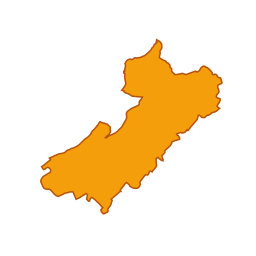 Mit Ghamr, Ad Daqahliyah, Egypt, rotated 50°
{"feature_id": "37247803B25153322962327", "entity_name": "Mit Ghamr", "entity_type": "district", "adm_level": 2, "iso_a3": "EGY", "parent_name": "Egypt", "parent_adm1": "Ad Daqahliyah", "projection": "equal_earth", "projection_center": [31.277, 30.708], "detail": "fine", "context": "isolated", "style": "filled", "palette": "amber", "viewbox_px": 256, "rotation_deg": 50, "n_neighbors": 0, "source": "geoboundaries", "source_scale": "gbopen_adm2", "svg_char_len": 5673}
<svg xmlns="http://www.w3.org/2000/svg" viewBox="0 0 256 256"><g transform="rotate(50 128 128)"><path d="M78.8,49.3L79.4,50.0L80.0,50.7L80.4,51.3L80.8,51.9L81.0,51.9L81.1,51.6L81.2,52.1L81.2,52.3L81.2,52.9L81.1,53.4L81.1,53.7L80.9,54.0L81.3,54.7L81.6,55.3L82.2,57.3L82.1,57.7L82.1,57.9L82.1,58.2L82.2,58.5L82.5,59.0L82.7,59.5L82.9,60.0L83.0,60.7L83.2,62.8L83.3,64.9L83.3,65.3L83.3,68.1L83.0,69.9L82.7,70.2L82.6,70.4L82.5,70.6L82.5,70.9L82.5,71.3L82.5,71.5L82.4,71.8L82.2,71.9L81.9,73.0L81.4,74.2L81.3,74.3L81.1,74.5L80.9,74.6L80.7,75.0L80.6,75.4L80.5,75.8L80.3,76.1L79.8,76.4L79.6,76.5L79.3,76.8L78.9,77.3L78.8,77.5L78.6,77.8L78.5,78.1L78.4,78.5L78.4,78.8L78.5,79.1L78.0,81.4L77.6,81.4L77.3,81.5L77.0,81.7L76.7,81.9L76.5,82.1L76.3,82.6L76.1,83.0L75.9,83.5L75.7,84.1L75.7,84.9L75.7,85.6L75.7,86.4L75.9,87.0L76.4,88.1L76.8,89.0L77.2,89.0L77.6,89.1L77.8,89.3L78.0,89.5L78.3,89.7L78.8,90.0L79.2,90.4L79.4,90.7L79.7,91.1L80.0,91.5L80.9,92.5L81.5,93.3L82.0,93.5L82.2,93.8L82.1,94.2L82.5,94.4L82.6,94.8L82.4,95.0L82.3,94.8L82.3,94.6L82.2,94.4L81.8,94.4L81.8,94.6L81.8,94.8L81.9,95.0L82.5,95.5L83.0,95.9L83.3,95.9L83.6,95.8L83.9,95.7L84.3,95.5L84.9,95.9L85.5,96.4L86.0,97.0L86.6,97.7L89.7,99.5L91.5,100.5L91.9,100.7L92.3,101.1L92.9,101.6L93.2,101.9L93.6,103.2L94.1,104.4L94.4,105.7L94.6,106.5L95.0,108.0L95.0,108.5L97.5,107.1L98.0,107.8L99.8,107.2L102.1,105.7L106.4,104.3L113.6,97.1L114.7,100.3L114.7,101.4L115.2,102.6L116.7,103.8L117.2,104.7L117.2,105.8L115.2,112.9L114.9,117.9L115.7,119.9L116.7,120.5L117.7,121.4L118.4,121.7L119.2,122.3L119.7,123.2L120.4,124.4L120.7,125.5L121.2,126.4L121.2,127.0L123.2,132.0L123.4,134.7L123.4,136.1L123.7,137.3L123.7,140.5L123.2,142.6L122.7,144.9L121.9,146.7L121.6,148.7L121.6,150.8L121.4,151.1L120.9,151.5L120.6,149.8L120.7,148.7L120.6,146.5L120.2,145.4L119.7,144.0L118.9,143.1L117.8,142.8L117.6,142.9L117.1,142.0L115.9,141.1L114.9,141.1L113.3,141.3L111.8,141.3L111.3,141.9L108.8,143.1L108.1,144.1L105.2,145.3L105.2,145.8L105.3,146.1L105.4,146.7L105.6,147.2L105.8,147.7L105.9,148.2L106.0,148.5L106.1,148.8L106.4,149.2L106.5,149.6L106.5,149.9L106.4,150.4L106.5,150.4L106.7,151.2L106.9,152.4L107.2,154.4L107.3,155.1L107.3,155.9L107.3,156.6L107.4,157.0L107.5,157.6L107.8,158.5L107.8,158.9L107.9,159.0L108.0,159.2L108.2,159.3L108.3,159.4L108.4,159.7L108.6,160.2L108.8,161.0L109.0,162.1L109.0,162.9L109.1,163.4L109.1,165.9L109.0,166.2L108.9,166.7L108.8,167.2L108.7,167.6L108.8,168.6L108.9,169.9L109.1,171.9L109.2,173.5L109.4,175.8L109.4,176.7L109.3,177.6L109.1,178.9L108.9,179.9L108.7,180.8L108.4,181.9L108.2,182.6L107.8,183.6L107.5,184.1L107.3,184.7L107.1,185.1L107.1,185.5L107.0,186.0L107.1,186.3L106.6,187.5L106.0,189.1L106.1,192.4L105.6,193.6L105.0,194.9L104.7,195.5L104.3,196.0L103.9,196.7L103.7,197.3L103.5,197.7L103.3,198.1L103.0,198.6L102.9,199.1L102.7,199.7L102.7,200.3L102.6,200.9L102.4,201.1L102.2,201.4L102.0,201.7L101.9,202.0L101.8,202.4L101.8,202.6L101.8,202.9L101.9,203.3L101.9,203.5L101.7,203.8L101.5,204.3L101.1,205.3L101.0,205.6L101.0,205.9L101.0,206.1L100.8,206.7L100.5,207.6L102.6,207.7L102.4,211.0L102.4,215.5L102.1,219.0L102.9,219.1L103.5,219.3L105.6,219.4L106.1,218.3L106.1,216.7L106.4,214.8L108.4,213.9L110.2,214.2L111.0,214.5L111.9,216.1L110.7,223.6L110.7,224.7L111.3,226.6L112.0,228.3L113.2,229.4L114.8,229.8L117.2,230.6L118.3,230.8L120.2,231.1L121.6,230.4L122.4,229.8L122.8,229.4L123.9,228.0L125.1,227.3L125.8,227.2L127.6,227.0L131.2,227.0L133.9,226.4L135.6,225.4L136.7,221.5L137.5,218.0L138.8,215.7L139.6,213.6L141.6,211.2L149.2,213.6L150.2,210.2L151.3,202.1L153.3,202.1L155.8,205.4L157.9,205.4L158.9,205.1L159.2,204.2L157.9,202.5L157.9,200.4L159.3,199.9L160.5,199.7L162.2,199.3L164.5,199.1L168.1,198.7L172.1,198.7L172.8,198.5L172.9,199.9L173.3,201.5L175.2,202.2L177.3,202.2L177.9,202.0L178.0,201.6L178.3,201.3L178.5,200.8L179.1,198.0L178.9,196.8L177.8,196.0L177.1,195.6L176.0,190.9L173.2,186.6L171.8,186.7L171.6,184.8L171.7,178.8L171.6,176.4L171.4,174.7L172.0,174.2L170.5,173.8L169.5,168.5L168.8,166.0L168.8,164.3L170.4,163.8L172.2,163.6L173.9,164.0L177.1,162.7L178.3,161.9L179.6,160.3L180.0,159.7L180.3,158.8L180.3,157.4L179.2,154.8L177.1,153.8L176.9,153.4L175.0,144.8L175.3,144.5L176.7,143.1L176.5,141.8L175.5,140.4L175.2,138.8L177.2,137.6L176.5,136.2L176.5,134.7L175.7,131.3L175.0,130.0L173.0,128.9L170.7,127.2L169.5,126.2L169.7,123.9L171.5,123.8L173.7,123.3L175.6,122.4L174.7,121.3L173.8,121.3L171.1,120.0L170.5,115.6L169.0,114.2L168.8,107.2L167.6,104.0L166.7,103.0L169.8,95.8L168.7,94.8L166.4,94.4L164.9,95.0L163.8,94.7L165.2,90.6L166.7,89.7L167.7,87.8L167.9,86.2L167.2,83.8L168.5,83.8L168.2,82.0L167.5,78.9L166.6,73.6L166.0,69.7L163.4,65.8L164.1,65.2L164.6,64.9L165.3,64.8L166.0,64.7L167.1,64.8L168.7,63.3L169.3,62.5L169.1,59.3L169.8,58.4L170.3,56.6L170.4,56.1L170.4,55.8L170.2,54.3L170.8,52.6L171.0,52.2L171.3,51.7L171.6,50.8L171.8,49.6L171.9,49.3L171.8,45.2L171.2,45.5L170.7,45.5L169.4,45.8L168.6,45.8L167.6,43.7L167.4,42.5L166.1,39.6L164.6,38.7L163.8,39.3L162.8,39.9L161.3,40.4L161.1,40.4L160.6,40.1L160.1,39.5L159.8,39.0L159.3,36.6L158.8,35.1L156.3,33.6L154.8,33.3L154.0,32.7L153.0,31.6L153.5,29.2L154.0,28.0L153.8,26.9L149.1,24.9L148.7,25.4L147.5,26.2L145.4,26.5L144.7,25.9L143.4,26.2L142.5,27.0L141.9,28.5L141.6,28.8L140.6,28.8L139.6,27.9L135.6,27.9L132.8,28.4L131.5,29.3L130.5,29.3L129.0,30.5L128.7,32.8L129.2,34.6L130.0,36.3L129.5,39.3L128.0,39.6L127.0,41.9L124.4,49.2L121.1,51.2L120.6,52.4L118.6,55.9L117.3,57.7L112.8,58.2L111.3,57.0L110.3,56.4L109.7,56.7L108.2,56.7L107.0,55.5L104.2,55.5L102.7,56.4L100.9,56.1L98.4,57.5L94.8,58.7L93.8,58.4L93.1,57.5L91.8,55.7L89.5,53.9L88.8,51.3L88.3,50.4L87.0,49.5L85.3,48.3L83.5,48.0L81.8,48.2L78.8,49.3Z" fill="#f59e0b" stroke="#b45309" stroke-width="1.5"/></g></svg>